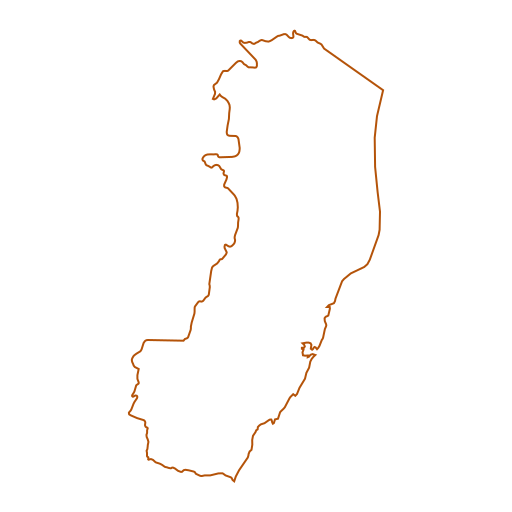 outline of Espírito Santo
{"feature_id": "BRA-625", "entity_name": "Espírito Santo", "entity_type": "State", "adm_level": 1, "iso_a3": "BRA", "parent_name": "Brazil", "parent_adm1": "", "projection": "robinson", "projection_center": [-40.668, -19.574], "detail": "fine", "context": "isolated", "style": "outline", "palette": "amber", "viewbox_px": 512, "rotation_deg": 0, "n_neighbors": 0, "source": "natural_earth", "source_scale": "10m", "svg_char_len": 6016}
<svg xmlns="http://www.w3.org/2000/svg" viewBox="0 0 512 512"><path d="M383.1,90.2L377.0,116.1L374.7,137.7L375.1,166.9L377.6,191.9L380.0,211.7L379.6,229.8L378.6,235.1L369.8,259.7L367.4,264.2L364.2,267.0L350.8,273.4L344.1,278.9L342.1,281.2L335.5,298.6L335.0,301.1L333.9,303.2L328.8,305.2L327.1,307.0L329.7,307.0L329.9,308.7L328.3,315.5L327.4,316.1L326.4,316.4L325.6,316.9L324.6,318.2L324.7,320.2L324.9,321.4L326.0,323.9L326.3,325.2L326.0,326.5L324.9,329.0L323.1,337.6L322.7,338.7L321.8,340.0L319.5,345.8L318.3,347.8L317.0,349.2L315.6,347.4L314.5,347.0L313.6,347.9L312.9,349.1L312.1,349.7L310.8,348.7L311.4,344.9L310.6,343.3L308.7,342.6L306.5,342.6L302.6,343.3L304.1,344.7L304.8,346.4L304.1,347.7L301.9,347.8L301.9,348.8L302.7,349.1L303.5,349.7L302.5,352.3L303.0,355.3L305.1,355.7L307.8,355.5L307.7,357.2L308.9,356.7L310.5,354.8L312.6,354.1L315.3,355.0L313.5,356.7L311.7,358.9L310.3,361.6L309.1,367.7L306.4,372.8L305.0,378.7L299.5,387.8L297.0,394.0L295.3,395.8L293.2,394.2L290.4,397.0L289.5,398.3L284.8,407.3L283.6,408.7L281.2,411.0L280.1,412.2L278.0,418.7L275.0,419.4L273.9,423.0L272.9,423.7L272.2,422.4L271.9,421.0L271.3,419.5L270.1,419.5L268.9,420.1L264.5,423.2L261.0,424.3L259.3,425.5L257.9,427.0L257.6,429.4L256.2,430.3L255.5,432.1L253.0,435.8L252.2,440.0L252.3,444.7L251.5,449.8L249.6,451.5L248.6,454.0L248.4,455.5L247.8,457.5L239.1,470.2L235.8,476.5L234.2,481.3L232.6,480.0L231.7,478.1L230.8,477.3L225.5,475.4L223.2,473.7L222.4,473.3L218.4,473.4L210.2,475.4L204.7,475.4L201.9,476.0L201.0,476.0L199.9,475.7L196.1,473.9L195.7,473.6L195.1,472.5L194.5,471.9L193.5,471.5L188.7,470.3L185.5,469.8L184.4,470.0L183.7,470.2L182.0,471.8L181.1,471.9L180.6,471.8L178.0,470.8L174.8,468.4L173.0,467.6L172.1,467.6L171.2,468.2L170.6,468.3L168.5,467.9L166.9,467.3L165.2,467.0L164.2,466.4L162.3,465.0L160.3,463.9L159.0,463.4L156.1,462.5L155.4,462.1L153.0,459.9L151.6,459.3L150.9,459.1L150.2,459.2L148.6,459.7L148.2,459.4L148.4,457.8L148.2,457.2L147.4,456.8L147.0,456.1L147.0,452.9L146.6,450.8L147.4,449.0L147.7,446.4L147.8,445.0L148.3,442.6L148.4,441.8L147.7,439.3L146.7,437.0L146.5,435.6L146.5,434.6L147.0,433.3L147.1,432.5L147.1,430.3L147.7,428.3L147.4,427.7L146.4,427.3L145.7,426.8L145.2,425.9L145.0,425.1L145.3,422.7L145.2,422.0L145.0,421.4L144.2,420.4L143.3,420.0L137.1,418.1L130.9,415.4L129.2,414.4L129.0,413.8L128.9,412.7L129.3,412.1L130.5,410.8L131.3,409.5L133.6,403.6L134.5,401.9L137.0,398.2L137.3,397.1L137.2,396.3L136.8,395.8L136.2,395.6L135.6,395.5L135.0,395.6L133.4,396.6L132.8,396.7L132.2,396.2L132.1,395.6L132.3,395.0L133.7,392.8L134.4,391.5L136.2,385.4L136.7,384.9L137.9,384.1L138.6,383.5L138.7,382.8L138.6,382.1L137.6,379.5L137.4,378.6L137.4,375.2L138.7,369.0L134.8,367.0L133.7,365.6L133.0,363.7L132.3,362.3L132.0,361.2L131.8,359.9L132.2,358.4L133.5,356.1L134.4,355.2L136.4,353.7L140.2,351.4L140.9,350.6L141.6,349.3L143.6,343.0L144.7,341.4L145.3,340.8L146.4,340.2L147.9,340.0L183.5,340.7L184.9,339.0L186.9,338.3L187.6,337.8L188.1,337.2L190.7,329.8L190.9,328.2L190.9,326.5L191.7,322.5L194.4,313.6L194.6,311.8L194.6,309.0L194.7,307.2L195.1,306.3L198.2,302.1L198.7,301.7L199.2,301.4L199.9,301.3L201.4,301.6L202.2,301.4L203.2,300.8L205.4,297.8L206.2,297.1L208.0,296.0L208.5,295.3L208.8,294.6L209.8,287.2L209.7,285.6L209.3,284.1L211.2,271.0L212.1,267.4L213.3,266.0L217.1,263.5L218.9,261.3L219.6,259.9L220.3,259.3L221.5,259.2L222.1,259.0L225.9,254.5L226.4,253.4L226.7,252.4L226.5,251.8L224.7,248.2L224.6,247.6L224.5,246.8L224.9,245.0L225.4,244.7L226.0,244.7L228.2,246.1L229.4,246.6L230.4,246.6L231.2,246.3L232.1,245.7L233.6,244.2L234.3,243.3L234.9,241.7L235.1,240.1L234.6,238.0L234.7,236.7L235.1,235.0L237.8,227.8L238.0,226.1L238.1,222.5L238.6,219.1L238.6,217.9L238.3,217.2L237.9,216.6L237.3,216.3L237.0,215.4L236.9,214.0L237.5,210.8L237.8,207.4L237.5,202.8L236.6,199.2L236.4,198.6L234.8,195.7L234.0,194.7L228.1,188.4L227.5,188.0L225.4,187.5L224.7,187.1L224.1,186.1L224.2,184.5L226.4,179.6L227.0,177.4L227.0,176.5L226.7,175.8L224.5,175.1L223.9,174.6L223.5,173.4L223.7,172.5L224.0,171.3L223.9,170.7L223.5,170.3L222.2,169.8L221.1,169.1L219.5,166.4L219.1,165.9L218.0,165.2L216.6,164.9L215.2,165.1L213.5,166.0L212.2,167.3L211.7,167.6L211.1,167.6L208.4,166.0L206.6,165.3L206.1,164.9L205.7,164.3L204.6,161.5L202.9,160.5L202.6,159.9L202.4,159.1L202.6,158.4L203.2,157.3L204.0,156.3L205.1,155.4L205.9,155.0L207.4,154.5L210.5,154.3L213.6,154.4L215.9,154.2L217.3,154.5L217.7,154.9L218.1,156.3L218.6,156.9L219.6,157.3L232.1,156.9L234.8,156.4L236.5,155.6L237.9,154.4L238.8,153.0L239.3,151.7L239.6,149.7L239.7,148.0L238.5,139.3L238.3,138.6L237.7,137.4L236.8,136.5L236.3,136.2L235.6,136.0L229.7,135.8L228.5,135.5L227.9,135.2L227.4,134.8L227.1,134.3L226.9,133.6L226.7,132.0L227.6,125.5L228.9,119.0L229.2,113.0L229.7,109.2L229.8,107.4L229.5,105.0L228.7,103.1L227.4,100.9L225.2,98.7L222.4,97.1L221.4,96.4L220.5,95.6L219.7,94.5L216.3,98.4L214.5,99.3L213.8,99.3L212.9,98.9L215.0,93.9L215.1,91.8L214.2,89.8L213.9,88.7L213.5,86.7L213.7,85.7L214.0,85.0L217.0,82.7L218.9,79.3L221.1,74.3L222.3,72.3L223.2,71.1L224.7,70.9L226.9,71.0L227.6,70.9L228.2,70.6L235.9,62.9L237.8,61.4L239.4,61.0L240.8,61.1L241.4,61.4L242.4,62.1L244.0,64.1L246.2,65.3L247.5,66.6L248.6,67.3L252.5,67.4L254.9,67.7L256.1,67.4L256.6,66.7L256.9,65.8L256.9,63.2L256.6,61.6L255.7,59.8L240.3,43.6L239.9,43.0L239.7,42.3L239.8,41.0L240.3,40.6L240.9,40.5L241.4,40.8L243.2,42.5L244.5,42.9L246.8,42.7L248.7,42.0L250.1,42.0L250.7,42.2L252.1,43.3L253.4,43.8L254.0,43.9L254.6,43.7L256.1,42.7L257.9,42.0L259.6,40.8L260.7,40.3L261.6,40.0L262.3,40.1L265.5,41.2L268.5,41.6L269.9,41.1L271.7,40.2L276.9,36.6L278.1,35.9L279.6,35.7L284.0,34.1L284.7,34.1L285.4,34.1L286.6,34.7L288.7,36.9L289.7,37.7L290.3,37.9L291.6,38.1L292.5,37.9L293.1,37.5L293.4,36.9L293.4,36.1L293.1,33.8L293.1,33.0L293.3,32.0L293.9,31.0L294.5,30.7L295.0,30.9L295.8,32.8L296.1,33.3L296.6,33.7L302.4,35.6L304.0,36.7L304.5,36.9L306.6,36.9L307.2,37.1L309.3,39.4L309.8,39.8L311.2,40.1L313.4,39.9L314.7,40.1L315.8,40.8L317.6,42.5L320.3,43.7L321.5,44.5L324.1,48.6L383.1,90.2Z" fill="none" stroke="#b45309" stroke-width="2"/></svg>